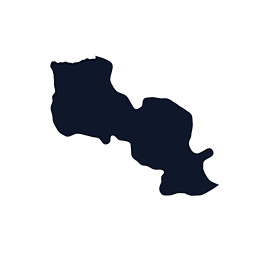 outline of Montellano, Puerto Plata, Dominican Republic, rotated 330°
{"feature_id": "3306468B77556762591061", "entity_name": "Montellano", "entity_type": "district", "adm_level": 2, "iso_a3": "DOM", "parent_name": "Dominican Republic", "parent_adm1": "Puerto Plata", "projection": "orthographic", "projection_center": [-70.594, 19.696], "detail": "fine", "context": "isolated", "style": "filled", "palette": "ink", "viewbox_px": 256, "rotation_deg": 330, "n_neighbors": 0, "source": "geoboundaries", "source_scale": "gbopen_adm2", "svg_char_len": 4512}
<svg xmlns="http://www.w3.org/2000/svg" viewBox="0 0 256 256"><g transform="rotate(330 128 128)"><path d="M92.1,36.6L92.1,40.9L90.3,46.7L90.0,46.6L88.0,50.9L86.0,54.4L85.4,55.9L84.6,58.9L83.9,60.2L83.5,60.8L83.0,61.2L81.8,61.8L79.9,62.5L78.8,63.2L78.1,64.3L77.0,66.9L76.3,68.0L73.0,70.7L72.0,71.9L71.2,73.2L70.6,74.8L69.7,78.9L69.1,80.4L67.4,84.0L66.8,86.7L66.6,90.5L66.6,94.3L67.0,97.1L67.6,98.8L69.9,102.7L70.8,103.9L71.4,104.4L72.1,104.9L73.7,105.4L78.1,105.9L79.9,106.2L80.8,106.5L82.4,107.4L83.9,108.5L85.3,109.8L93.7,117.9L97.5,120.9L98.0,121.5L98.6,122.9L98.9,124.6L99.3,127.8L99.7,129.3L100.2,130.0L100.9,130.5L102.3,130.9L103.0,131.0L104.4,130.7L105.6,130.0L106.0,129.5L107.3,127.4L108.1,126.5L108.6,126.1L109.2,125.8L109.9,125.7L110.6,125.8L111.3,126.1L112.3,126.9L113.1,128.1L113.6,129.5L114.3,132.4L115.0,133.7L116.0,134.6L117.8,135.9L119.6,137.3L121.3,139.0L122.2,140.2L122.9,141.6L123.0,142.3L122.8,143.7L120.2,149.2L118.4,152.6L117.9,154.1L117.9,154.9L117.9,155.8L118.3,157.4L119.9,160.8L121.2,165.4L122.0,166.7L122.5,167.2L124.8,168.9L126.4,170.5L127.3,171.7L128.9,174.6L129.9,175.9L131.6,177.4L135.0,179.2L136.2,180.0L137.2,181.1L137.6,181.7L137.9,182.3L138.1,183.1L138.0,183.8L137.8,184.5L137.5,185.1L137.0,185.6L136.5,185.9L134.2,186.7L133.1,187.3L132.3,188.4L131.1,190.8L130.4,192.0L127.0,194.6L125.5,196.3L124.8,197.8L124.6,198.6L124.5,200.2L124.7,201.8L125.0,202.6L125.4,203.2L126.6,204.3L131.2,206.8L132.8,207.3L137.8,208.3L139.3,208.9L140.7,209.7L143.9,211.6L145.1,212.5L147.2,215.5L148.3,216.6L149.4,217.7L150.8,218.5L157.2,221.8L159.9,222.4L163.7,222.6L171.3,222.5L177.0,222.1L175.2,219.8L172.9,216.5L172.1,215.0L171.6,213.2L171.2,210.4L171.2,206.5L171.4,203.7L171.7,201.9L171.9,201.0L172.6,199.5L174.6,196.3L175.5,195.1L176.0,194.6L176.8,194.2L178.4,193.7L180.1,193.6L185.3,193.7L186.9,193.5L187.7,193.2L188.3,192.7L188.9,192.1L189.2,191.4L189.4,190.7L189.4,189.2L189.2,188.5L188.9,187.8L188.4,187.1L187.7,186.7L186.9,186.4L185.3,186.2L180.0,186.2L177.2,186.0L175.4,185.6L174.0,184.7L172.8,183.6L172.3,182.9L171.6,181.3L171.3,180.4L171.1,178.5L171.1,176.6L171.3,174.7L171.7,172.9L172.1,172.0L172.9,170.6L174.5,169.0L177.5,166.9L180.3,163.2L183.2,159.9L184.8,157.7L185.6,156.2L188.4,150.5L188.8,148.9L188.8,148.1L188.6,146.5L188.0,145.0L186.6,142.3L185.3,139.2L182.9,135.1L181.6,131.9L179.7,128.4L178.4,125.5L177.5,124.1L176.5,122.9L175.3,121.8L173.9,121.0L171.0,119.5L169.6,118.4L166.1,115.5L164.7,114.4L163.2,113.6L159.0,111.7L157.7,111.3L157.0,111.3L156.4,111.5L155.2,112.2L154.3,113.1L152.8,115.4L152.4,115.9L151.8,116.3L150.4,116.9L148.0,117.2L145.6,117.0L144.2,116.4L143.5,115.9L143.0,115.2L142.7,114.5L142.4,112.8L142.3,111.1L142.4,103.6L142.3,101.8L142.0,100.0L141.7,99.1L140.8,97.5L137.5,93.4L136.5,91.9L136.1,91.1L135.8,90.3L135.4,88.6L135.1,85.9L135.1,83.3L135.2,80.6L135.5,78.8L136.0,77.2L136.9,75.7L138.0,74.3L142.9,69.3L144.0,68.0L145.0,66.6L145.5,65.0L145.5,63.3L145.3,62.5L144.7,61.1L142.4,57.7L140.5,55.2L136.2,50.6L136.0,51.7L135.7,51.7L135.7,52.0L135.3,52.0L135.3,52.4L135.0,52.4L135.0,52.7L133.6,52.7L133.6,52.4L133.0,52.4L133.0,52.0L132.6,52.0L132.6,51.7L131.9,51.7L131.9,51.3L131.3,51.3L131.3,50.9L130.3,50.9L130.3,50.6L129.6,50.6L129.6,50.2L128.6,50.2L128.6,49.9L128.2,49.9L128.2,49.5L127.9,49.5L127.9,49.2L127.6,49.2L127.6,48.4L127.2,48.4L127.2,48.1L126.6,48.1L126.6,47.7L125.9,47.7L125.9,48.1L123.9,48.1L123.9,47.7L123.2,47.7L123.2,47.4L122.2,47.4L122.2,47.0L121.2,47.0L121.2,47.4L120.5,47.4L120.5,47.0L117.5,47.0L117.5,46.6L116.4,46.6L116.4,46.3L115.4,46.3L115.4,45.9L114.8,45.9L114.8,45.6L114.1,45.6L114.1,45.2L111.7,45.2L111.7,44.9L111.4,44.9L111.4,44.5L111.0,44.5L111.0,44.1L110.7,44.1L110.7,43.8L110.4,43.8L110.4,43.4L109.7,43.4L109.7,43.1L109.0,43.1L109.0,42.7L108.7,42.7L108.7,42.3L108.0,42.3L108.0,41.6L107.7,41.6L107.7,41.3L107.3,41.3L107.3,40.9L107.0,40.9L107.0,40.6L106.7,40.6L106.7,40.2L106.3,40.2L106.3,39.8L105.0,39.8L105.0,39.5L104.3,39.5L104.3,39.8L103.6,39.8L103.6,39.5L103.3,39.5L103.3,39.1L103.0,39.1L103.0,38.8L102.6,38.8L102.6,38.4L102.3,38.4L102.3,38.1L101.3,38.1L101.3,37.7L99.3,37.7L99.3,37.3L98.9,37.3L98.9,37.0L98.6,37.0L98.6,36.6L98.2,36.6L98.2,35.9L97.9,35.9L97.9,35.2L97.6,35.2L97.6,34.8L97.2,34.8L97.2,34.5L96.9,34.5L96.9,34.1L96.6,34.1L96.6,33.8L95.9,33.8L95.9,33.4L95.2,33.4L95.2,33.8L94.5,33.8L94.5,34.1L94.2,34.1L94.2,34.5L93.9,34.5L93.9,34.8L93.5,34.8L93.5,35.2L93.2,35.2L93.2,35.5L92.9,35.5L92.9,35.9L92.5,35.9L92.5,36.2L92.4,36.2L92.2,36.3L92.2,36.6L92.1,36.6Z" fill="#0f172a" stroke="#020617" stroke-width="1.5"/></g></svg>